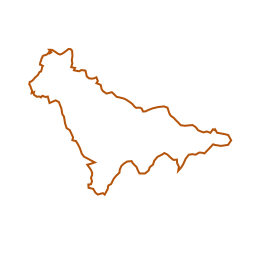 Skoulli, Paphos, Cyprus (orthographic projection), rotated 8°
{"feature_id": "46923920B79729634481944", "entity_name": "Skoulli", "entity_type": "district", "adm_level": 2, "iso_a3": "CYP", "parent_name": "Cyprus", "parent_adm1": "Paphos", "projection": "orthographic", "projection_center": [32.459, 34.975], "detail": "fine", "context": "isolated", "style": "outline", "palette": "amber", "viewbox_px": 256, "rotation_deg": 8, "n_neighbors": 0, "source": "geoboundaries", "source_scale": "gbopen_adm2", "svg_char_len": 2393}
<svg xmlns="http://www.w3.org/2000/svg" viewBox="0 0 256 256"><g transform="rotate(8 128 128)"><path d="M212.4,117.4L210.3,121.3L206.5,120.5L203.5,121.8L200.9,121.3L197.8,120.5L194.9,117.7L192.8,116.7L191.5,116.1L183.9,117.9L179.8,117.9L176.9,115.5L173.8,113.2L171.9,111.6L168.6,109.9L167.1,108.1L165.9,105.7L164.3,102.4L160.7,101.6L154.8,103.1L149.7,105.1L145.7,107.3L143.0,109.1L140.6,109.6L139.0,107.0L137.3,106.2L135.0,106.5L133.3,106.9L131.7,106.1L129.2,103.8L126.7,102.3L122.5,100.3L119.8,99.4L115.1,98.9L112.4,98.7L112.0,98.4L109.2,96.3L107.0,94.8L101.9,96.9L98.1,95.0L96.3,92.9L95.3,89.9L94.9,89.1L90.5,88.0L91.6,85.7L89.6,82.2L87.6,83.5L85.3,84.2L82.3,84.2L80.0,82.6L78.7,79.2L77.9,77.1L73.8,77.1L71.8,78.6L68.2,78.5L66.4,78.3L67.2,75.9L63.3,75.7L63.9,71.7L62.9,68.7L63.0,64.5L61.9,59.3L60.2,57.9L58.2,58.0L55.9,60.3L54.0,62.3L52.3,63.7L50.4,64.7L48.3,64.2L45.9,62.9L43.4,61.8L41.9,61.2L39.1,61.5L41.5,63.7L40.1,65.0L39.1,64.0L38.3,65.7L36.4,67.2L34.6,67.8L33.4,68.9L33.3,70.1L32.6,71.6L32.6,73.2L32.0,75.2L32.0,77.5L33.2,77.7L35.1,78.4L34.5,79.7L34.4,81.9L34.0,84.1L32.5,85.0L31.4,88.1L28.9,91.0L27.4,93.5L25.7,95.4L24.3,96.0L24.2,97.4L24.1,98.4L25.2,99.6L26.0,101.2L26.3,101.8L27.0,103.1L27.8,104.3L27.7,106.9L29.9,105.5L29.8,107.3L30.7,108.5L32.3,109.1L33.4,109.8L35.0,109.3L36.4,109.2L37.5,109.8L38.8,108.0L42.1,108.8L44.2,108.0L46.8,114.2L52.5,110.7L55.9,111.9L59.3,117.9L61.1,123.6L63.0,125.6L65.0,132.1L67.2,136.6L70.7,138.3L74.9,144.9L74.6,147.8L78.3,148.2L81.2,151.8L83.3,154.9L85.8,159.9L88.4,162.5L99.9,166.7L95.8,168.8L92.8,170.0L97.3,174.8L98.8,177.5L99.0,179.5L98.3,182.5L99.8,185.8L99.1,188.9L96.6,189.5L97.3,192.7L98.2,192.8L102.0,193.1L104.7,196.5L107.2,198.1L112.2,196.0L114.2,197.2L116.4,191.1L116.5,187.7L119.1,185.8L120.9,180.3L122.9,177.0L125.7,173.5L125.7,170.2L126.7,166.6L128.8,163.9L131.9,161.3L136.2,160.3L137.6,162.2L141.9,165.5L143.7,168.6L145.6,171.4L151.1,170.7L151.7,170.1L154.3,167.3L155.0,163.8L157.9,160.7L158.5,156.9L161.2,152.5L165.7,149.4L167.5,147.7L170.8,148.9L175.3,152.1L177.5,153.3L180.8,152.5L181.6,156.1L183.8,159.2L183.7,163.4L185.7,160.4L186.2,159.7L187.7,156.2L189.4,150.4L191.9,146.0L195.2,145.0L198.7,145.0L201.9,142.4L204.4,142.2L207.3,142.5L214.6,132.3L216.6,132.7L222.5,132.8L229.4,130.8L231.9,125.9L228.2,121.0L224.4,120.6L216.8,120.3L214.4,117.2L213.9,118.0L212.4,117.4Z" fill="none" stroke="#b45309" stroke-width="2"/></g></svg>